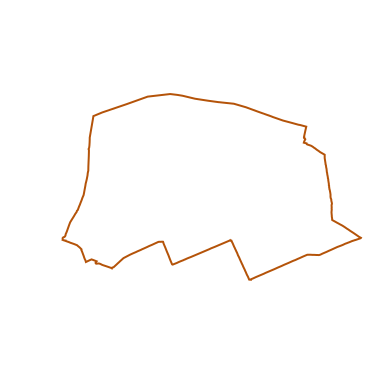 the district of Salcia, Mehedinti, Romania, rotated 157°
{"feature_id": "2599482B75915062228014", "entity_name": "Salcia", "entity_type": "district", "adm_level": 2, "iso_a3": "ROU", "parent_name": "Romania", "parent_adm1": "Mehedinti", "projection": "equal_earth", "projection_center": [22.928, 44.139], "detail": "fine", "context": "isolated", "style": "outline", "palette": "amber", "viewbox_px": 384, "rotation_deg": 157, "n_neighbors": 0, "source": "geoboundaries", "source_scale": "gbopen_adm2", "svg_char_len": 4965}
<svg xmlns="http://www.w3.org/2000/svg" viewBox="0 0 384 384"><g transform="rotate(157 192 192)"><path d="M329.0,197.7L328.9,197.6L328.6,197.4L326.9,195.8L324.4,193.5L323.7,192.7L323.2,192.3L322.1,191.3L322.0,191.2L321.0,190.3L320.7,190.0L319.7,189.0L319.1,188.4L318.5,187.8L318.3,187.2L317.1,184.9L316.3,182.9L316.1,182.4L316.5,181.9L316.5,181.0L316.5,179.8L316.7,175.5L316.7,175.0L316.8,174.7L316.9,172.7L316.9,172.1L316.8,170.8L317.0,169.0L312.8,169.2L310.8,169.2L309.7,168.2L306.9,165.5L307.1,165.4L307.4,165.2L308.3,164.7L308.5,164.2L308.4,163.7L308.1,163.4L307.5,163.2L306.5,162.9L305.9,162.7L305.1,162.2L304.5,161.6L304.2,161.3L303.6,160.5L302.6,159.5L299.3,156.6L296.1,153.7L295.6,153.0L295.3,153.3L294.9,153.4L294.7,153.6L293.9,153.4L293.6,153.4L289.6,154.8L288.3,155.3L286.8,155.8L285.5,156.3L280.9,157.9L273.5,158.5L270.2,158.6L267.1,158.6L265.3,158.7L261.8,158.7L260.2,158.8L258.7,158.8L254.7,158.9L252.6,159.0L249.3,159.0L246.4,159.1L242.5,159.2L242.3,159.2L238.7,157.8L238.1,157.5L238.1,157.3L238.2,156.3L238.3,155.7L238.3,151.2L238.4,147.1L238.4,145.0L238.4,143.9L238.4,143.3L238.4,142.7L238.5,140.7L238.6,137.4L238.6,136.4L238.6,133.3L238.5,133.1L238.4,132.9L238.1,132.8L238.0,132.7L236.8,132.7L233.7,132.6L231.8,132.7L229.3,132.7L226.4,132.6L225.5,132.7L224.2,132.6L223.7,132.7L221.1,132.7L218.6,132.6L216.8,132.6L211.7,132.6L209.6,132.6L207.9,132.6L205.5,132.6L200.8,132.6L199.8,132.6L198.2,132.6L196.7,132.7L192.7,132.6L191.2,132.6L184.6,132.6L183.3,132.6L179.6,132.6L176.1,132.6L175.9,132.6L175.7,132.7L175.5,132.1L175.3,132.1L175.1,132.2L174.9,132.1L174.7,131.9L174.7,129.8L174.6,129.1L174.6,125.1L174.5,124.2L174.5,122.7L174.4,121.2L174.4,119.6L174.3,119.2L174.3,118.8L174.3,118.5L174.3,117.4L174.4,115.9L174.2,113.4L174.2,111.8L174.2,111.1L174.2,110.9L174.1,107.5L174.1,106.3L174.0,105.5L174.0,104.8L174.0,103.1L173.9,100.7L173.8,100.0L173.9,99.0L173.8,97.7L173.8,96.0L173.8,94.4L173.6,92.3L173.6,89.0L173.4,88.9L172.8,88.6L172.4,88.4L172.4,88.6L169.3,88.6L166.5,88.7L163.8,88.7L162.9,88.7L160.1,88.7L157.7,88.7L155.8,88.8L151.3,88.8L149.7,88.8L146.3,88.8L142.8,88.9L141.1,88.9L138.4,88.9L135.7,89.0L133.4,89.0L130.8,89.0L126.7,89.1L125.4,89.1L123.5,89.0L120.8,89.1L118.9,89.1L114.8,89.2L113.0,89.2L110.5,89.2L110.2,89.1L109.9,89.0L109.8,88.9L109.2,88.7L108.9,88.6L108.7,88.5L106.5,87.5L105.6,87.0L103.9,86.3L102.9,85.8L101.4,85.1L99.9,84.4L99.5,84.3L99.0,84.2L98.5,84.2L97.3,84.2L96.2,84.3L93.0,84.3L91.4,84.3L89.2,84.4L87.0,84.4L83.4,84.5L79.7,84.6L75.3,84.4L73.9,84.4L73.0,84.4L71.8,84.5L71.0,84.5L69.5,84.4L68.7,84.4L66.7,84.3L64.3,84.3L64.0,84.3L63.8,84.3L63.6,84.3L63.4,84.3L63.2,84.2L62.5,84.2L62.0,84.1L61.1,84.1L60.2,83.9L59.6,83.9L55.5,83.6L54.7,83.6L54.4,83.8L55.7,85.4L58.1,89.2L59.3,91.1L61.6,94.5L62.7,96.3L63.7,97.7L65.2,100.1L66.5,102.0L67.4,103.2L68.1,104.0L69.4,105.7L70.7,107.3L71.6,108.5L73.8,111.3L73.9,111.5L73.3,113.1L73.0,114.5L72.5,115.8L72.2,116.8L71.5,118.9L70.2,121.3L70.1,121.8L69.8,122.5L69.6,122.8L68.6,125.5L67.9,126.3L67.7,126.7L67.6,127.1L67.4,128.0L67.2,129.4L66.7,130.8L66.7,131.2L66.7,131.7L66.7,132.2L66.5,133.0L66.1,134.2L65.6,135.2L65.1,137.0L64.9,137.8L64.6,139.2L64.5,139.7L64.4,140.1L64.4,140.5L64.4,140.9L64.3,141.3L64.0,141.9L64.0,142.4L63.9,142.8L63.5,143.8L63.3,144.4L63.4,144.7L63.2,145.2L62.9,145.8L62.5,147.5L62.0,149.5L61.6,150.6L61.5,151.7L61.3,152.1L61.2,152.6L60.8,154.2L60.8,154.5L60.4,156.1L60.2,156.6L60.1,157.6L59.1,160.8L59.0,161.5L58.8,162.5L58.5,163.5L58.3,164.2L58.3,164.6L58.2,165.0L58.2,165.5L58.0,165.9L56.6,171.4L55.3,174.5L56.3,175.8L56.9,176.6L58.5,178.7L59.4,180.3L60.6,182.1L61.8,184.3L62.6,185.4L62.8,185.9L64.1,187.8L64.9,188.6L67.3,190.7L67.6,191.1L67.5,192.0L68.0,192.3L69.8,193.7L69.4,194.2L68.6,195.0L68.2,195.4L67.1,196.3L67.1,196.5L67.7,197.7L67.7,198.1L67.2,198.5L67.4,198.9L64.1,203.6L61.3,207.5L66.4,211.5L66.9,211.8L67.7,212.3L73.1,216.6L80.3,222.2L87.8,229.0L88.7,229.8L89.0,230.2L99.8,240.1L109.2,248.9L119.0,256.9L130.4,263.2L131.6,263.9L132.4,264.3L141.8,269.9L152.8,276.7L163.1,284.3L166.9,286.7L167.7,287.2L173.8,290.7L195.5,297.1L217.7,298.4L243.5,300.3L253.1,300.4L254.8,297.7L260.6,288.7L264.9,282.0L265.5,280.6L266.8,277.8L268.3,274.8L269.4,272.9L269.7,272.6L270.1,272.3L270.4,271.9L270.5,271.6L270.4,271.1L271.5,268.6L273.1,265.1L274.9,261.3L277.5,255.8L279.2,252.0L279.7,251.4L280.6,250.1L281.7,248.1L283.8,245.0L285.4,242.8L286.5,241.4L287.8,239.3L290.0,236.0L291.7,233.4L293.0,231.5L295.1,229.5L297.0,227.4L298.9,225.5L300.1,224.2L301.5,222.9L303.4,220.9L304.1,220.1L305.3,219.6L306.0,218.7L306.3,218.5L307.8,217.6L310.2,215.8L313.5,213.5L316.0,211.7L318.2,209.4L320.3,207.1L322.5,204.7L323.9,203.3L324.2,203.1L324.7,202.6L325.3,201.6L325.5,201.5L325.7,201.2L326.0,200.9L326.3,200.8L326.6,200.6L326.9,200.5L327.1,200.5L327.5,200.5L328.0,200.6L328.3,200.5L328.8,200.3L329.0,200.2L329.4,199.5L329.5,199.2L329.6,198.9L329.5,198.6L329.5,198.4L329.4,198.2L329.2,197.9L328.9,197.7L329.0,197.7Z" fill="none" stroke="#b45309" stroke-width="2"/></g></svg>